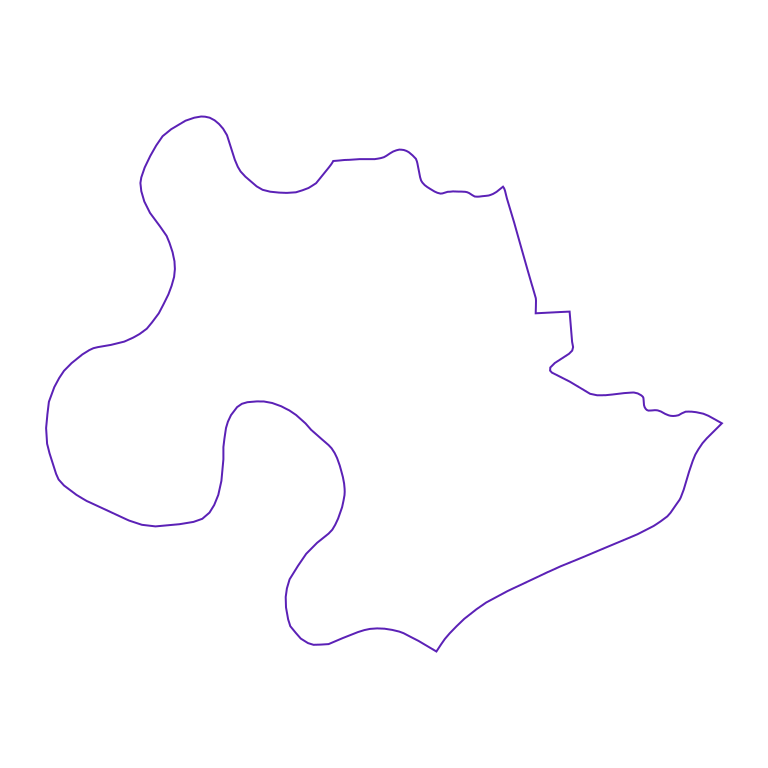 Quan 2, Hồ Chí Minh city, Vietnam
{"feature_id": "81297802B76466747653960", "entity_name": "Quan 2", "entity_type": "district", "adm_level": 2, "iso_a3": "VNM", "parent_name": "Vietnam", "parent_adm1": "Hồ Chí Minh city", "projection": "orthographic", "projection_center": [106.758, 10.78], "detail": "fine", "context": "isolated", "style": "outline", "palette": "violet", "viewbox_px": 768, "rotation_deg": 0, "n_neighbors": 0, "source": "geoboundaries", "source_scale": "gbopen_adm2", "svg_char_len": 3870}
<svg xmlns="http://www.w3.org/2000/svg" viewBox="0 0 768 768"><path d="M96.7,347.4L93.4,348.2L89.1,350.2L88.7,350.5L82.4,354.4L71.6,363.1L64.0,370.8L59.2,378.0L54.3,387.1L48.9,401.8L47.3,415.1L47.3,415.5L46.1,428.1L47.1,443.8L48.0,447.2L49.5,453.2L56.1,473.9L58.6,479.5L64.0,485.5L76.5,494.9L82.8,498.7L86.9,501.1L89.4,502.2L126.7,519.5L129.2,520.6L141.9,524.8L155.5,526.4L179.5,524.2L193.5,521.9L202.3,518.8L209.5,512.6L214.2,505.0L218.3,494.9L221.4,480.9L223.4,459.3L223.4,447.1L224.4,438.8L226.0,428.0L227.9,421.7L231.0,415.1L237.1,407.1L241.9,403.8L247.4,402.2L256.9,401.4L264.0,401.5L272.2,403.0L281.3,406.3L285.7,408.6L289.3,410.4L296.1,415.0L305.5,423.4L311.2,429.9L316.0,434.1L322.0,439.4L328.6,445.1L331.6,448.3L334.7,453.1L337.1,458.1L339.7,465.4L341.0,470.0L342.9,477.1L344.1,483.5L344.6,488.8L344.7,491.8L344.5,495.2L343.5,500.7L342.1,507.2L338.1,518.6L335.2,524.8L332.3,529.7L328.6,533.6L317.1,542.8L306.2,553.8L298.0,565.8L289.6,579.3L286.9,588.4L285.7,597.0L286.0,607.4L288.1,619.2L288.6,620.9L288.8,621.4L290.3,626.2L295.8,632.9L300.8,638.6L308.0,643.1L313.5,644.8L320.7,644.6L328.6,644.1L342.7,638.1L357.9,632.1L364.3,630.1L370.0,628.9L377.1,628.4L384.5,628.7L392.2,629.9L399.3,631.6L403.6,633.2L409.9,636.5L418.5,640.9L436.4,651.5L441.2,644.2L444.9,638.9L449.7,633.3L456.7,626.1L464.3,618.8L476.4,609.3L486.2,602.5L507.3,591.2L512.3,588.8L537.0,577.2L547.9,572.0L548.3,571.9L560.6,566.3L582.9,557.2L597.8,550.9L605.9,547.5L610.7,545.5L637.4,534.3L653.6,526.0L656.7,524.0L660.7,521.3L667.3,516.4L670.5,512.8L676.1,504.7L679.5,499.9L680.7,497.6L683.7,489.7L689.1,471.6L692.8,460.7L695.3,454.6L698.4,449.3L702.5,443.2L706.8,438.3L721.9,423.3L713.3,418.5L708.4,415.8L703.3,413.7L696.2,412.2L691.8,411.7L688.6,411.6L685.6,411.7L681.7,413.4L678.6,415.2L675.7,415.8L673.2,416.0L670.6,415.8L668.6,415.3L665.2,413.9L660.9,411.5L657.7,410.4L655.9,410.2L654.4,410.2L652.5,410.4L650.7,410.5L648.4,410.6L646.9,410.0L645.8,409.0L644.7,407.3L644.0,405.1L643.6,399.9L643.4,397.9L642.8,396.7L641.2,395.3L637.7,393.4L633.8,392.5L631.3,392.6L624.2,393.1L612.5,394.5L605.6,395.2L597.3,395.3L590.1,393.8L569.7,381.6L551.9,372.6L550.1,370.6L550.3,367.5L554.8,363.0L569.0,353.8L572.2,350.6L573.1,347.1L572.1,341.8L569.6,311.6L558.9,312.1L535.7,313.3L535.9,306.1L536.0,300.7L535.8,298.2L535.2,296.1L532.3,286.1L532.2,285.9L527.7,270.4L522.7,252.8L517.6,234.8L514.2,222.7L506.9,198.4L506.1,195.2L505.0,190.7L504.1,188.3L503.0,186.7L496.5,191.9L493.1,193.9L490.6,194.9L488.7,195.5L486.4,195.8L482.4,196.2L479.2,196.6L477.1,196.7L474.7,196.5L472.4,195.2L469.0,193.0L467.1,192.2L465.1,191.8L461.1,191.6L458.6,191.6L455.8,191.5L453.0,191.4L450.2,191.7L447.7,191.8L444.4,192.8L442.5,193.4L440.5,193.6L439.7,193.4L437.4,192.8L434.5,191.5L430.2,188.9L427.2,187.0L424.7,185.1L422.4,182.6L421.1,180.5L420.1,177.2L419.0,171.5L418.1,167.0L417.4,163.4L416.9,161.4L415.9,158.8L412.6,155.4L408.8,152.2L406.4,150.9L403.8,150.0L401.3,149.7L399.3,149.6L396.4,150.3L393.2,151.5L390.1,153.3L386.4,155.8L383.9,157.2L380.8,158.1L377.6,158.7L375.5,159.0L375.0,159.1L372.2,159.1L371.6,159.1L360.1,159.1L349.7,159.8L344.3,160.0L338.3,160.6L333.2,161.0L332.6,162.2L331.1,164.5L328.9,167.4L316.1,183.2L311.6,186.1L308.5,188.0L302.4,190.3L295.9,192.3L286.7,192.9L279.1,192.6L270.2,191.7L262.6,189.8L256.7,186.4L245.4,176.7L240.6,171.5L237.8,166.8L234.8,159.7L227.0,135.2L223.1,128.7L219.0,124.0L214.6,120.3L209.7,117.7L205.1,116.7L201.2,116.5L194.3,117.7L185.5,120.7L171.2,129.2L162.6,136.2L156.2,145.5L150.3,155.9L144.7,167.5L141.3,177.4L140.4,183.0L141.3,191.2L144.3,201.5L150.0,212.9L160.0,226.4L166.6,235.9L169.5,242.9L172.6,252.3L173.3,255.8L174.5,261.4L174.5,261.9L174.9,269.0L174.1,276.9L171.6,285.8L168.4,294.4L163.6,304.1L158.8,313.3L152.0,322.4L146.8,328.7L139.6,334.0L135.2,336.5L133.0,337.7L124.3,341.6L110.9,344.9L98.0,347.1L96.7,347.4Z" fill="none" stroke="#5b21b6" stroke-width="2"/></svg>